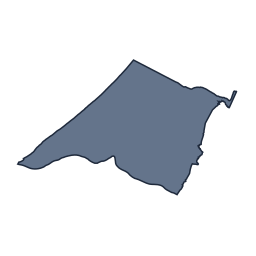 the district of Sitionuevo, Magdalena, Colombia, rotated 299°
{"feature_id": "7082276B53559247838582", "entity_name": "Sitionuevo", "entity_type": "district", "adm_level": 2, "iso_a3": "COL", "parent_name": "Colombia", "parent_adm1": "Magdalena", "projection": "mercator", "projection_center": [-74.637, 10.912], "detail": "fine", "context": "isolated", "style": "filled", "palette": "slate", "viewbox_px": 256, "rotation_deg": 299, "n_neighbors": 0, "source": "geoboundaries", "source_scale": "gbopen_adm2", "svg_char_len": 5577}
<svg xmlns="http://www.w3.org/2000/svg" viewBox="0 0 256 256"><g transform="rotate(299 128 128)"><path d="M80.9,114.4L81.1,116.0L82.3,118.2L83.7,119.1L85.7,120.6L86.3,121.3L87.2,122.7L88.3,123.7L89.9,124.8L92.3,126.0L93.7,127.0L94.3,127.3L95.0,127.4L95.3,127.6L96.0,128.3L96.4,128.9L96.5,129.2L96.5,129.5L96.3,130.2L95.9,130.6L95.5,131.1L93.0,133.0L91.3,134.2L90.6,134.9L89.9,135.9L89.3,137.4L88.7,139.6L88.6,141.1L88.6,142.8L88.9,146.7L88.8,148.8L88.6,150.1L87.8,152.3L87.6,153.3L87.3,155.0L87.2,156.6L87.2,158.4L87.5,159.5L88.0,162.3L88.7,170.6L89.3,173.7L90.2,176.0L91.3,178.1L92.9,181.5L93.6,183.9L93.8,185.3L93.7,187.0L93.4,188.3L92.9,190.0L92.7,191.8L92.8,197.4L93.2,198.8L93.3,199.1L93.4,199.9L93.5,203.2L94.1,203.2L98.9,203.6L100.2,204.1L102.4,204.2L102.9,204.1L103.0,203.9L103.6,203.9L103.9,204.1L104.2,203.9L104.2,203.7L104.4,203.4L104.7,203.3L104.9,202.9L105.1,203.0L105.5,203.3L106.1,203.4L106.3,203.4L107.3,203.1L107.6,203.1L108.0,203.3L109.2,204.3L109.5,204.4L109.8,204.2L110.1,203.5L110.4,203.4L110.6,203.4L111.0,203.6L111.5,203.8L111.9,203.9L113.3,203.8L116.7,203.9L118.4,203.8L119.4,203.4L122.1,202.5L125.6,201.7L127.9,201.6L128.1,202.6L128.5,203.5L129.0,204.3L129.6,206.4L129.9,206.9L130.0,206.9L130.5,207.0L130.7,206.9L130.9,206.5L131.0,206.2L131.2,205.9L131.2,205.5L131.6,204.6L132.5,204.1L132.9,203.9L133.4,203.9L134.2,204.1L134.5,204.0L134.8,203.8L135.1,204.1L135.5,204.4L135.8,204.2L136.1,204.0L136.4,203.7L136.6,203.6L137.3,204.5L137.9,204.5L138.0,204.4L138.5,204.4L138.9,204.8L139.2,204.8L139.5,204.8L140.1,205.3L140.4,205.5L141.4,205.4L142.5,204.9L142.7,205.0L143.1,205.1L143.3,204.3L143.3,203.8L143.6,203.2L143.7,202.8L144.1,202.3L144.3,201.6L144.5,201.5L144.5,201.2L144.9,201.1L144.9,200.7L144.8,200.4L144.9,200.0L145.0,199.9L145.5,199.7L145.8,199.4L145.6,199.4L145.5,199.0L145.8,198.6L146.3,198.1L146.6,197.9L146.7,198.0L147.4,198.8L147.7,199.1L147.8,199.1L148.2,198.7L148.6,199.1L149.1,199.9L150.8,199.1L152.3,198.6L155.5,198.0L157.0,197.7L158.3,197.4L158.6,197.3L159.1,197.1L159.3,196.6L161.1,196.5L162.4,195.8L169.7,193.3L184.8,193.1L188.5,194.3L189.3,194.5L189.5,194.5L190.3,195.1L191.0,195.4L191.6,195.4L192.1,195.6L192.5,195.2L192.5,195.3L192.4,195.4L192.4,195.6L192.2,195.7L192.4,195.8L192.6,195.7L192.6,195.8L193.0,195.9L193.1,196.1L193.2,195.9L193.3,195.9L193.3,196.0L193.7,195.9L193.9,195.6L193.9,196.0L194.0,196.0L194.3,195.8L194.7,195.9L195.1,194.6L195.3,195.5L195.3,195.9L195.2,196.0L195.3,196.1L195.5,195.9L195.5,196.2L195.7,196.3L196.0,196.4L196.1,196.6L196.3,196.7L196.5,196.7L196.6,196.9L196.6,197.2L196.8,197.3L197.1,197.2L197.0,197.4L197.2,197.5L197.4,197.8L197.5,198.0L197.7,198.3L197.6,198.7L197.5,198.8L197.6,199.0L197.4,199.3L197.5,200.2L197.3,200.7L196.4,201.5L195.8,202.2L195.8,202.8L195.5,203.7L195.4,203.8L195.1,203.8L194.9,204.8L195.0,205.3L194.9,205.3L194.7,205.2L194.6,205.3L194.7,205.6L194.9,205.9L194.7,206.3L194.9,206.7L213.0,205.2L212.9,205.2L212.6,204.8L212.0,204.3L211.9,204.0L212.0,203.6L211.9,203.4L211.8,203.1L211.6,203.0L211.3,202.9L210.7,202.9L210.2,202.9L209.4,203.2L207.6,203.4L204.0,204.1L203.2,204.1L202.1,204.0L201.2,203.7L201.1,203.2L200.9,202.7L201.0,202.3L201.2,201.9L201.3,201.7L201.4,201.4L201.5,200.6L201.6,200.1L201.5,199.5L201.3,199.1L201.2,198.7L201.2,198.4L201.1,198.2L201.2,197.7L201.2,197.3L201.0,196.8L200.8,196.5L200.7,196.1L200.5,195.9L200.4,195.9L200.4,195.7L200.2,195.1L200.2,194.6L200.0,194.1L199.9,193.9L199.9,193.7L199.6,193.0L199.7,192.4L199.6,191.5L199.3,190.9L199.1,190.0L199.2,189.1L199.4,188.3L199.4,187.6L199.6,186.9L199.7,185.9L199.5,185.2L199.5,184.6L199.7,184.2L199.7,183.2L199.6,182.4L199.8,179.9L199.7,179.3L199.8,179.0L199.9,178.2L199.8,177.6L199.9,177.4L199.8,176.1L199.7,175.9L199.6,174.2L199.4,173.1L199.0,172.2L198.9,171.6L198.6,171.4L198.5,171.2L198.3,171.2L198.2,171.0L198.1,170.7L197.8,169.9L197.6,169.3L197.1,168.9L196.8,168.1L196.6,168.0L195.3,166.4L194.9,166.2L194.3,165.7L193.1,165.0L193.0,164.8L192.8,164.7L192.7,164.5L192.4,163.6L192.2,161.8L192.0,160.6L192.0,160.0L191.9,159.5L192.0,159.3L191.9,158.2L191.5,157.6L191.2,157.4L190.9,156.7L191.0,154.8L191.2,153.3L191.3,152.3L191.6,150.5L191.7,149.6L191.5,148.0L191.4,147.7L190.1,99.9L185.9,99.1L179.1,97.8L170.7,95.8L170.0,95.5L165.3,94.5L160.6,93.2L159.3,92.7L156.0,91.8L154.5,91.3L152.1,90.7L151.4,90.4L149.2,89.9L146.8,89.2L146.0,89.0L145.2,88.7L144.5,88.6L142.7,87.9L141.7,87.6L136.9,85.9L136.1,85.7L134.1,84.7L132.6,84.2L131.7,83.8L130.7,83.5L128.7,82.6L126.3,81.9L125.0,81.3L124.3,81.2L123.8,80.9L123.3,81.0L122.9,80.8L120.0,79.6L117.7,78.8L115.2,77.7L113.9,77.3L112.4,76.7L110.8,76.2L106.5,74.3L103.5,73.1L102.5,72.6L99.3,71.4L94.0,69.1L91.1,67.4L86.2,65.6L84.4,64.8L83.7,64.3L83.1,64.1L82.4,63.6L81.7,63.4L78.8,62.0L78.1,61.6L77.8,61.6L76.3,60.9L74.6,60.2L72.7,59.9L71.5,59.6L69.9,58.8L69.4,58.7L68.5,58.5L66.8,57.8L66.2,57.6L66.3,57.3L66.2,57.6L65.7,57.6L64.1,57.3L62.6,57.2L61.1,56.9L59.2,55.9L59.2,55.7L59.1,56.0L58.7,55.9L57.0,55.1L54.8,53.9L53.8,53.4L51.9,52.1L51.0,51.7L50.7,51.4L50.6,51.6L50.3,52.0L49.9,52.0L49.1,52.0L47.1,50.9L45.9,49.9L45.7,49.6L45.1,49.0L44.8,49.0L44.2,49.2L43.0,49.1L43.2,50.2L43.9,52.2L44.4,54.0L44.7,55.8L45.2,60.6L45.4,62.0L45.7,63.2L46.2,64.6L47.0,66.3L47.9,67.8L48.9,69.2L50.6,71.1L52.5,72.7L53.3,73.3L55.6,74.4L57.1,75.7L58.0,76.3L61.4,78.0L62.7,78.8L63.9,79.8L65.7,81.9L66.5,82.7L67.3,83.2L69.2,84.2L69.9,84.7L70.9,85.8L72.6,87.2L74.5,89.2L77.0,92.1L78.5,94.4L79.4,96.1L80.1,98.1L80.4,99.3L80.6,101.1L81.2,103.5L81.4,104.4L81.5,105.1L81.3,106.5L81.5,107.6L81.0,109.5L80.8,111.5L80.8,113.0L80.9,114.4Z" fill="#64748b" stroke="#1e293b" stroke-width="1.5"/></g></svg>